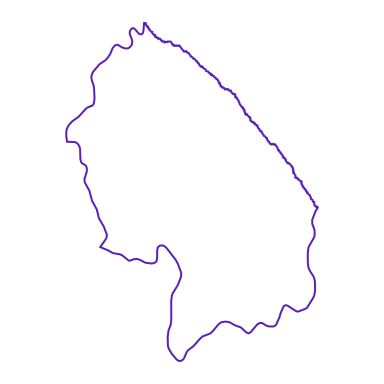 the district of La Laguna de Nisibón, La Altagracia, Dominican Republic
{"feature_id": "3306468B28180088914928", "entity_name": "La Laguna de Nisibón", "entity_type": "district", "adm_level": 2, "iso_a3": "DOM", "parent_name": "Dominican Republic", "parent_adm1": "La Altagracia", "projection": "equal_earth", "projection_center": [-68.715, 18.868], "detail": "fine", "context": "isolated", "style": "outline", "palette": "violet", "viewbox_px": 384, "rotation_deg": 0, "n_neighbors": 0, "source": "geoboundaries", "source_scale": "gbopen_adm2", "svg_char_len": 5818}
<svg xmlns="http://www.w3.org/2000/svg" viewBox="0 0 384 384"><path d="M67.0,141.7L74.8,142.1L76.4,142.7L78.3,144.5L79.6,147.0L80.1,149.1L80.4,159.2L81.1,162.0L82.0,163.3L85.5,165.2L86.6,167.3L86.9,169.1L86.7,172.0L84.5,178.8L84.5,180.8L85.0,182.8L89.4,190.7L92.0,200.6L96.8,209.5L99.0,218.5L103.7,226.4L106.8,234.5L106.8,236.6L106.2,238.5L100.3,247.1L107.9,250.3L112.9,253.1L119.3,254.2L121.9,255.1L128.6,260.5L130.0,260.7L133.9,259.2L137.0,259.0L139.4,259.6L145.3,262.7L151.6,263.5L154.1,263.1L156.2,261.7L157.1,258.9L157.2,250.4L157.8,247.5L159.6,245.7L162.6,245.4L164.8,246.4L166.7,248.2L175.3,259.3L177.8,263.6L181.1,272.5L181.2,275.5L180.5,278.3L177.7,285.3L172.9,293.0L171.8,295.9L171.2,301.5L171.3,316.5L171.1,322.2L170.5,325.4L168.5,330.6L167.7,336.9L167.9,345.7L168.8,348.8L171.9,353.9L176.9,359.8L179.2,361.0L180.8,360.9L182.3,360.2L184.0,358.4L186.5,352.5L188.0,350.3L193.4,346.2L199.1,339.7L202.4,336.5L210.2,333.5L212.9,331.0L218.5,324.3L221.4,322.2L225.6,321.6L229.8,322.3L234.7,325.2L241.0,327.5L246.2,332.4L248.4,333.3L250.5,332.4L257.0,324.7L259.9,322.9L262.3,323.1L266.2,325.6L268.6,326.4L273.5,326.5L275.5,325.4L276.5,324.0L279.4,317.4L280.8,312.6L283.3,307.1L284.2,305.8L285.6,305.2L287.7,305.7L295.5,310.8L297.5,311.6L298.8,311.3L305.0,309.0L307.0,307.8L313.0,298.2L314.3,295.4L315.1,290.0L314.9,281.3L314.2,278.2L313.4,276.3L310.1,271.2L308.4,267.4L307.8,262.1L307.8,253.2L308.1,250.0L308.7,246.9L314.2,237.2L314.6,235.2L314.6,231.0L314.2,229.0L312.3,224.0L312.2,220.0L315.5,211.2L317.7,207.8L317.7,207.3L317.0,207.3L317.0,206.8L316.4,206.8L316.4,206.4L315.4,206.4L315.1,205.5L314.4,205.1L314.1,202.0L313.4,202.0L313.4,201.6L312.8,201.1L312.5,199.8L311.5,199.4L311.2,198.5L310.8,198.5L310.8,197.2L310.2,196.7L309.8,195.0L308.5,194.5L307.9,193.2L307.5,193.2L307.5,192.3L306.9,192.3L306.9,191.9L306.2,191.4L306.2,190.6L305.9,190.6L305.3,189.2L304.6,189.2L303.9,187.5L303.6,187.5L303.3,186.6L302.6,186.6L302.6,185.3L302.0,184.8L301.7,183.5L301.3,183.5L301.3,183.1L301.7,183.1L301.7,181.8L301.3,181.8L301.3,181.3L299.4,180.4L299.0,179.6L298.4,179.6L298.1,178.7L297.4,178.7L297.1,177.8L295.8,177.8L295.8,177.4L295.4,177.4L295.4,175.2L294.1,173.8L294.1,173.0L293.5,173.0L293.5,171.6L293.1,171.6L293.1,171.2L293.5,171.2L293.5,170.8L293.1,170.8L293.1,169.0L292.8,169.0L292.8,167.7L292.2,167.3L292.2,166.4L291.2,165.9L290.2,164.2L288.9,163.7L288.9,163.3L288.2,163.3L288.2,162.9L287.2,162.9L286.9,162.0L285.9,161.1L285.9,160.2L285.6,160.2L285.6,159.3L285.0,158.9L285.0,158.5L284.6,158.0L284.0,158.0L284.0,157.6L283.3,157.6L283.0,156.3L282.7,156.3L282.7,155.4L281.7,154.5L281.4,153.6L281.0,153.6L280.7,152.7L280.4,152.7L280.4,152.3L279.4,151.4L279.1,150.5L278.7,150.5L278.7,150.1L278.1,150.1L277.4,147.5L277.1,147.5L276.4,146.1L275.5,145.3L275.5,144.8L274.8,144.8L274.8,144.4L273.2,144.4L273.2,143.9L271.2,144.4L271.2,143.9L269.6,143.5L269.2,141.7L268.1,141.3L267.9,140.4L267.0,139.6L267.0,138.2L266.0,137.8L265.3,136.5L264.0,136.0L263.7,135.1L262.4,133.8L262.4,133.0L261.7,132.5L261.7,131.6L261.1,131.6L260.7,130.8L260.1,130.8L259.7,129.9L259.4,129.9L259.1,128.6L257.8,127.7L257.5,125.9L257.1,125.9L256.8,125.0L255.2,124.6L255.2,123.7L254.8,123.7L254.8,123.3L254.2,123.3L253.5,122.0L253.2,122.0L253.2,122.4L252.2,122.4L251.2,120.6L250.6,120.6L250.6,120.2L250.3,120.2L250.3,118.0L249.9,118.0L249.9,117.1L248.6,116.7L247.3,114.5L246.6,114.5L246.6,114.9L246.3,114.9L246.3,114.1L245.3,114.1L245.3,112.7L245.0,112.7L244.7,111.4L244.4,111.4L244.4,109.6L243.7,109.6L243.7,109.2L243.0,108.8L243.0,107.9L242.7,107.9L242.4,107.0L241.7,107.0L240.4,104.8L239.8,104.4L239.4,102.6L238.8,102.2L238.5,100.4L237.2,99.1L237.2,98.2L236.2,97.8L236.2,97.3L235.5,97.3L235.5,96.5L235.2,96.5L235.2,94.7L234.9,94.7L234.9,94.3L234.2,94.3L234.2,93.8L232.6,93.8L231.6,92.1L230.9,91.6L230.9,90.7L229.6,90.7L229.6,90.3L228.3,89.9L228.3,89.4L227.0,89.4L227.0,89.0L224.7,89.4L224.4,88.1L222.7,87.7L222.7,87.2L221.8,87.2L221.4,86.3L220.8,86.3L220.8,85.9L220.5,85.9L220.1,83.7L219.8,83.7L219.8,83.3L219.2,83.3L219.2,82.4L218.5,81.9L218.5,81.1L217.8,80.6L217.5,79.3L216.2,78.9L215.5,77.6L214.2,77.1L213.6,75.8L212.0,75.4L212.0,74.9L211.0,74.9L211.0,74.0L210.6,74.0L210.6,73.6L209.3,73.2L209.3,72.7L208.4,72.3L208.0,71.4L206.1,71.0L205.4,69.2L203.4,68.3L202.8,67.0L201.8,67.0L201.8,66.6L201.2,66.6L201.2,66.1L200.2,66.1L199.8,65.2L198.9,64.4L198.9,63.5L197.9,63.0L197.9,62.6L197.2,62.2L197.2,61.3L195.9,60.8L194.9,59.1L193.3,58.7L192.6,57.3L190.7,56.5L190.7,55.6L189.0,53.8L188.7,52.9L187.1,52.5L187.1,52.1L186.1,51.6L186.1,51.2L185.8,51.2L185.8,51.6L184.1,51.6L184.1,51.2L183.5,51.2L182.8,49.9L181.8,49.0L181.8,48.5L180.9,47.7L180.2,46.3L179.6,46.3L179.2,45.5L177.9,45.5L177.9,45.9L177.3,45.9L177.3,45.5L176.3,45.5L176.3,45.9L174.3,45.9L174.3,45.5L173.7,45.5L173.7,45.0L172.4,44.6L172.4,43.7L172.0,43.7L170.7,41.5L167.8,41.5L167.8,41.9L165.1,42.4L165.1,41.9L164.2,41.9L164.2,41.5L162.5,41.5L162.5,41.1L161.9,41.1L161.5,40.2L160.9,40.2L160.2,38.9L158.6,38.9L158.6,38.4L157.9,38.4L157.9,38.0L157.3,38.0L157.3,37.5L156.0,37.1L156.0,36.7L155.0,36.7L155.0,35.3L154.7,35.3L154.7,34.9L153.4,34.5L153.4,34.0L152.4,33.2L152.4,32.3L152.1,32.3L152.1,31.8L150.7,31.4L149.7,29.6L149.1,29.6L148.8,28.3L148.1,27.9L148.1,27.0L147.8,27.0L147.8,26.6L147.1,26.6L146.8,25.7L146.2,25.2L146.2,24.4L145.8,24.4L145.5,23.0L144.1,23.0L143.4,31.4L142.9,33.0L141.7,34.2L140.3,34.4L138.9,33.7L135.0,29.2L133.8,28.3L132.3,28.2L130.6,29.7L129.7,32.2L129.8,34.1L132.0,39.8L132.3,41.7L131.8,44.7L130.3,46.9L128.2,48.3L125.7,48.5L122.5,47.6L117.9,44.9L116.3,44.9L114.9,45.5L112.7,48.0L110.2,54.1L107.6,57.9L105.1,60.5L99.4,64.3L93.2,71.7L91.9,74.4L91.3,77.4L91.8,80.3L93.6,85.4L94.1,88.6L94.5,98.5L93.9,103.4L92.5,105.5L87.6,107.5L86.2,108.4L78.5,116.9L72.0,121.5L68.8,125.1L66.8,128.8L66.3,131.9L66.3,136.3L67.0,141.7Z" fill="none" stroke="#5b21b6" stroke-width="2"/></svg>